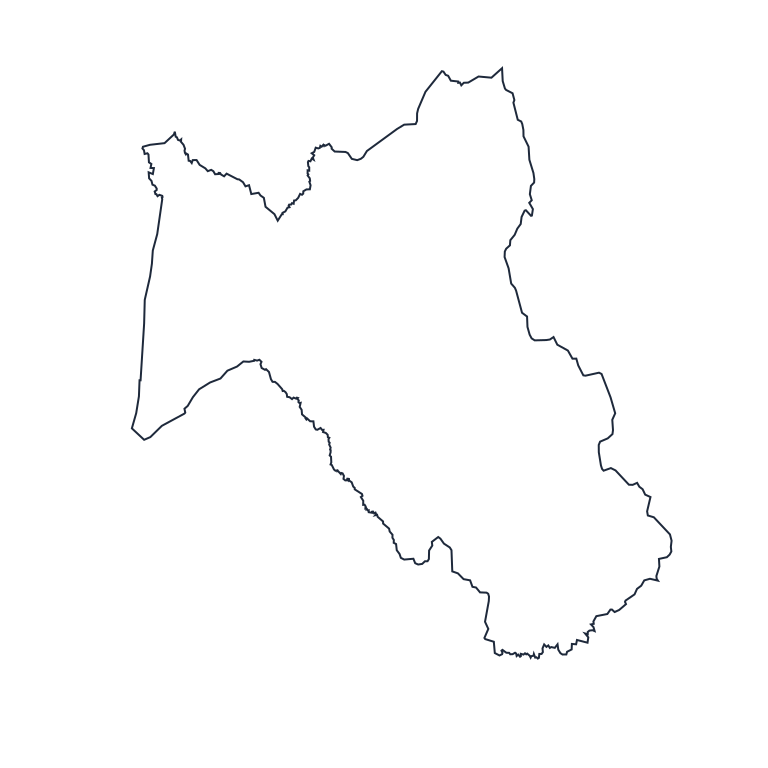 Thung Saliam, Sukhothai, Thailand (Equal Earth projection), rotated 170°
{"feature_id": "78962969B26447913933028", "entity_name": "Thung Saliam", "entity_type": "district", "adm_level": 2, "iso_a3": "THA", "parent_name": "Thailand", "parent_adm1": "Sukhothai", "projection": "equal_earth", "projection_center": [99.595, 17.377], "detail": "fine", "context": "isolated", "style": "outline", "palette": "slate", "viewbox_px": 768, "rotation_deg": 170, "n_neighbors": 0, "source": "geoboundaries", "source_scale": "gbopen_adm2", "svg_char_len": 6116}
<svg xmlns="http://www.w3.org/2000/svg" viewBox="0 0 768 768"><g transform="rotate(170 384 384)"><path d="M212.9,674.5L225.0,667.0L237.5,670.4L248.7,666.2L253.1,666.8L256.0,664.7L256.9,667.7L258.6,667.7L258.4,669.0L265.5,671.1L267.3,676.4L269.6,677.7L271.2,681.3L272.7,682.0L292.4,664.6L302.6,649.0L304.4,644.8L305.8,637.3L307.7,634.5L319.1,635.9L326.6,633.0L360.4,616.4L364.9,611.3L367.7,609.8L371.5,609.1L376.6,611.3L379.5,617.7L381.6,619.2L392.2,621.5L394.7,624.8L394.4,626.2L396.4,630.1L400.2,628.8L401.1,629.5L401.7,628.9L402.2,630.1L404.2,628.5L405.3,629.6L406.2,627.7L407.8,627.4L410.2,628.6L412.4,624.7L415.1,623.8L413.0,621.4L414.8,619.3L414.4,617.2L416.0,618.6L417.8,616.1L419.6,616.8L420.4,615.7L420.7,611.7L420.0,610.4L420.6,607.1L422.1,607.7L422.7,604.5L422.1,603.6L423.0,602.6L421.4,599.5L421.5,596.8L422.4,596.2L421.8,592.5L423.2,588.6L426.6,589.1L430.0,587.8L430.5,585.5L431.9,584.6L433.6,585.8L436.2,582.2L439.0,580.2L440.7,580.3L441.7,577.2L443.2,578.1L444.2,576.9L446.3,577.1L446.9,576.3L446.4,574.5L448.4,574.4L451.2,571.1L454.2,570.2L454.3,568.8L455.2,568.9L460.3,563.3L462.4,570.3L469.9,579.1L470.0,588.2L472.9,591.1L474.3,594.1L481.7,594.1L482.4,603.2L486.1,602.7L487.8,607.2L491.1,610.6L492.8,611.1L502.5,618.5L505.4,616.3L508.1,618.6L508.8,620.3L510.1,620.6L510.2,619.5L513.9,619.9L515.1,623.2L517.0,624.9L520.6,624.2L522.5,627.4L527.5,631.8L529.7,637.1L533.5,637.7L535.0,635.0L536.2,637.3L537.6,637.8L537.2,644.0L538.8,645.4L539.3,644.7L539.9,646.2L539.9,648.5L539.1,650.2L539.9,654.4L541.9,657.8L541.3,660.1L542.8,659.2L544.5,660.2L545.1,662.9L546.2,663.7L546.2,668.8L547.6,666.2L558.3,659.3L572.9,660.2L580.2,659.5L581.0,657.9L579.8,655.9L579.8,652.1L576.9,652.3L576.1,650.9L577.0,643.1L574.9,641.1L576.4,637.3L573.1,636.6L575.2,630.9L579.0,633.3L579.6,627.3L577.7,624.4L577.4,620.5L575.2,619.1L573.9,615.9L574.2,614.5L576.4,613.4L576.1,610.7L575.2,610.5L574.4,608.3L572.4,609.3L569.7,607.8L569.6,606.6L570.4,606.1L570.3,604.5L581.3,571.0L588.5,555.6L591.7,542.7L595.7,530.5L605.0,508.4L609.7,485.3L623.1,429.9L624.1,430.1L627.5,414.4L633.1,398.3L640.0,384.1L629.9,370.7L623.3,372.3L610.0,381.4L585.7,389.5L584.7,390.3L584.8,394.3L581.1,396.5L574.5,404.2L567.0,410.9L555.0,415.7L544.1,417.8L535.9,424.3L525.7,426.7L518.6,430.6L513.0,429.3L507.9,429.4L507.6,430.3L504.9,429.1L502.5,429.5L500.8,427.1L502.2,425.0L501.7,421.0L498.7,418.6L497.6,419.1L495.2,415.8L494.5,408.4L493.4,405.5L491.0,405.0L488.8,402.5L485.2,396.6L485.0,394.7L483.9,394.7L482.4,393.1L481.5,391.0L481.6,388.2L479.3,387.4L477.2,385.1L475.4,386.3L473.2,384.9L472.2,385.7L471.2,385.2L472.0,384.5L470.8,382.6L471.4,381.1L470.5,379.8L469.4,379.9L471.0,376.1L469.6,372.9L470.0,368.3L466.3,363.8L467.1,363.6L466.6,362.5L465.6,363.3L463.2,360.1L460.0,359.5L460.3,354.1L459.1,351.1L457.6,350.5L454.1,351.7L453.0,349.6L451.5,349.4L452.4,347.3L449.8,345.9L448.3,343.8L448.5,341.4L447.2,340.5L448.2,339.4L448.5,336.8L447.7,335.6L448.5,333.9L447.6,330.6L448.5,328.7L448.0,328.1L448.5,325.9L449.9,323.1L448.8,321.6L449.5,316.0L450.6,314.0L449.5,313.3L448.1,308.5L446.9,307.0L445.0,307.1L445.1,306.2L444.4,306.3L442.2,302.8L441.5,303.8L440.3,303.2L439.4,300.4L440.4,297.6L438.9,295.8L437.4,295.6L436.9,296.5L436.2,295.5L435.8,296.9L435.0,296.6L435.1,295.0L432.9,292.8L432.1,288.3L430.9,286.8L431.1,285.3L424.8,279.5L424.6,277.6L426.4,276.7L424.7,272.6L425.5,268.6L424.1,268.5L423.4,266.8L423.9,264.9L423.2,265.1L423.2,263.5L422.5,263.8L421.7,262.1L421.0,262.2L421.3,260.4L418.2,259.3L418.0,260.3L417.0,260.3L416.2,258.3L414.7,258.8L414.3,257.0L415.2,256.3L413.5,256.4L413.3,254.3L408.8,248.8L409.1,246.7L404.1,240.7L404.0,237.7L401.8,234.1L402.4,231.1L401.4,228.7L402.0,225.9L399.9,224.3L400.3,218.1L398.2,213.9L397.6,209.9L394.6,207.6L385.4,206.8L384.4,202.1L381.7,200.3L377.6,200.2L374.5,202.3L371.9,201.9L370.2,203.8L368.5,212.2L364.5,216.5L364.3,220.2L357.2,223.9L355.3,221.9L352.7,216.4L347.6,211.6L346.4,208.6L349.3,187.6L344.1,184.7L339.5,178.0L333.3,175.7L332.1,168.9L328.7,167.6L325.6,162.1L319.2,160.7L317.8,159.3L317.5,156.4L318.5,152.0L325.8,132.3L323.8,124.7L329.2,116.5L328.6,115.2L320.6,111.1L321.6,99.8L317.4,96.6L314.6,97.4L314.0,98.6L314.6,101.0L313.5,101.6L310.2,98.1L307.4,97.5L306.6,95.9L304.2,95.6L301.6,96.6L300.7,95.7L300.6,93.1L298.8,94.2L297.4,91.8L296.5,92.2L296.1,94.5L293.6,93.3L291.9,94.3L290.9,93.1L289.8,93.6L287.7,91.1L287.1,89.1L286.2,90.4L284.0,90.4L283.3,92.1L282.6,88.3L281.3,88.4L280.2,86.9L279.0,87.4L277.9,91.2L275.7,90.8L274.1,92.4L273.8,96.1L271.5,99.7L269.7,96.9L267.6,98.0L266.5,95.3L265.0,95.9L261.6,94.5L258.3,97.5L258.5,92.1L257.0,88.3L255.2,86.6L251.4,86.0L250.2,88.5L245.3,90.0L244.1,95.4L240.0,94.3L238.4,98.4L228.5,93.9L226.8,99.0L229.3,103.4L226.8,102.2L226.4,104.4L224.5,105.5L221.4,105.3L219.5,104.1L219.9,108.2L221.9,111.3L219.1,111.4L219.0,113.8L215.2,118.5L204.0,118.7L200.2,122.5L198.7,122.3L196.5,119.4L191.7,120.6L183.9,125.2L184.5,127.6L183.7,128.8L173.8,133.3L170.4,138.3L165.7,140.7L161.8,145.4L155.9,146.0L148.4,142.8L149.3,144.9L149.1,147.6L144.5,156.4L143.6,164.0L135.5,164.3L132.3,166.4L130.1,169.2L129.8,173.8L128.0,179.7L128.5,186.2L141.4,205.9L147.0,208.7L147.0,212.9L141.2,226.4L146.0,229.7L147.6,235.5L150.4,238.5L151.9,242.7L156.6,241.5L160.3,242.3L171.0,258.7L175.2,261.8L182.8,260.5L184.0,262.5L184.5,266.2L184.3,279.5L183.1,286.7L181.2,289.7L173.1,291.6L167.7,295.0L166.5,298.8L165.4,309.1L161.4,315.0L163.2,331.5L168.0,356.1L170.3,357.8L184.1,357.2L186.2,357.9L189.5,368.6L190.2,375.6L194.0,376.2L197.1,385.0L206.5,392.6L208.9,400.8L212.9,399.0L216.6,399.1L228.0,400.8L230.7,403.3L232.0,407.3L232.8,415.3L231.4,425.6L235.7,430.2L237.7,453.0L238.4,456.0L241.3,460.8L241.2,476.3L243.2,488.1L242.0,493.5L240.2,496.0L235.9,498.7L234.6,503.7L229.4,508.2L225.7,513.9L221.6,517.8L219.5,524.6L215.4,530.3L214.1,530.5L210.0,524.1L209.1,524.2L207.0,530.4L209.5,537.2L206.6,539.3L207.4,545.6L204.9,553.6L201.2,556.3L200.4,559.7L200.2,565.9L201.9,579.6L200.4,592.6L203.6,603.7L202.6,610.0L202.7,616.0L203.3,618.7L206.4,621.0L207.7,638.6L206.3,641.0L206.9,648.0L212.7,652.4L213.6,654.0L214.5,661.7L212.9,674.5Z" fill="none" stroke="#1e293b" stroke-width="2"/></g></svg>